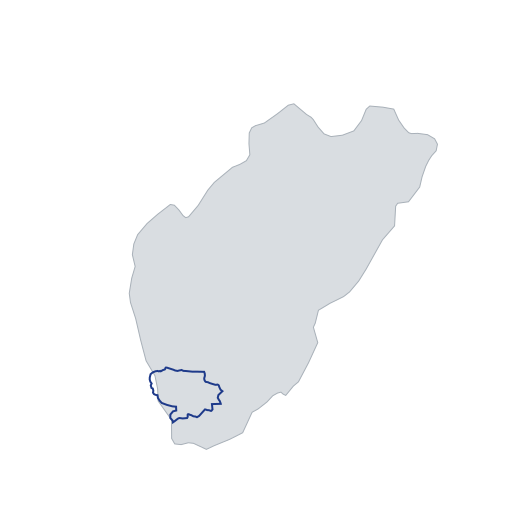 location of Ha within Bhutan, rotated 306°
{"feature_id": "BTN-2435", "entity_name": "Ha", "entity_type": "District", "adm_level": 1, "iso_a3": "BTN", "parent_name": "Bhutan", "parent_adm1": "", "projection": "orthographic", "projection_center": [89.122, 27.35], "detail": "fine", "context": "in_parent", "style": "outline", "palette": "blue", "viewbox_px": 512, "rotation_deg": 306, "n_neighbors": 0, "source": "natural_earth", "source_scale": "10m", "svg_char_len": 2858}
<svg xmlns="http://www.w3.org/2000/svg" viewBox="0 0 512 512"><g transform="rotate(306 256 256)"><path d="M400.6,219.2L400.0,222.2L396.8,230.4L394.8,239.3L396.7,246.5L404.5,254.9L414.7,261.6L427.6,261.8L439.5,258.9L444.2,259.9L451.0,271.2L455.8,281.1L449.8,291.5L446.6,300.6L445.5,307.0L446.3,309.7L450.3,314.8L455.0,323.5L455.8,331.6L453.1,337.1L447.0,339.9L440.4,339.2L435.0,339.5L428.3,340.6L417.7,343.8L408.0,347.9L389.5,347.5L381.9,339.6L378.4,339.7L361.8,350.4L343.5,348.8L310.2,352.8L296.2,353.8L281.9,352.8L274.6,350.7L261.1,343.6L248.8,338.4L236.5,343.4L232.1,344.3L222.2,356.9L200.7,361.2L179.2,364.3L172.8,362.7L160.7,362.0L160.2,359.1L160.5,356.2L157.8,354.0L152.8,351.7L144.4,350.7L133.5,347.6L127.3,344.7L105.2,349.1L92.3,342.5L77.7,333.5L70.4,329.5L67.7,315.5L65.1,311.0L59.4,306.3L56.2,300.7L58.8,295.0L73.3,284.3L74.5,281.8L81.2,262.0L90.5,254.7L99.7,244.7L106.6,228.7L120.0,212.3L134.6,195.5L144.6,181.8L151.3,175.4L165.0,168.5L176.5,164.4L184.4,155.2L193.9,150.1L203.8,147.7L218.4,148.8L232.2,152.0L247.3,156.4L249.1,160.1L247.9,166.6L245.8,173.2L245.7,176.6L248.1,178.4L262.9,179.5L281.0,178.3L291.1,179.0L313.9,184.8L320.5,189.0L327.5,192.2L334.3,191.5L342.7,184.3L351.6,178.2L357.2,177.2L361.2,179.0L368.5,184.6L383.6,189.7L397.0,193.5L401.4,197.2L400.2,213.7L400.6,219.2Z" fill="#d9dde1" stroke="#a8b0b8" stroke-width="1"/><path d="M72.7,286.6L73.7,285.8L74.6,281.9L77.4,279.9L81.6,280.2L84.1,282.3L87.1,279.9L85.2,276.7L83.2,271.5L81.7,266.1L82.4,262.9L83.5,260.1L85.5,258.1L85.1,257.4L84.6,256.2L84.3,254.7L84.9,253.0L86.7,252.1L88.1,250.4L87.8,249.0L89.5,246.9L91.5,246.5L92.2,244.4L93.6,242.6L95.2,241.5L98.4,240.2L99.7,240.5L100.1,240.6L100.6,240.7L101.8,241.2L102.4,241.7L103.5,242.3L105.2,244.0L105.6,245.3L106.7,246.0L106.7,246.7L107.6,247.2L108.1,247.3L108.8,247.6L110.3,248.7L110.6,248.9L111.1,248.9L111.5,248.8L112.0,248.6L112.7,248.6L113.3,249.5L115.5,256.2L115.8,257.8L116.9,260.1L118.3,261.2L119.2,262.1L120.0,262.7L120.4,264.8L121.7,266.8L124.9,272.3L126.8,274.9L131.8,282.1L130.8,283.6L129.3,284.9L128.5,285.3L126.8,285.9L126.1,286.4L125.4,287.2L124.9,288.1L124.6,289.2L125.7,291.5L125.9,293.0L126.9,296.0L127.9,298.8L128.4,299.5L129.3,300.3L129.5,301.0L129.4,302.0L128.3,303.5L127.0,305.9L126.9,308.3L121.4,307.3L118.8,308.4L117.7,310.8L117.4,311.9L115.8,314.3L115.7,314.4L110.3,307.4L106.3,311.0L104.5,310.9L104.1,310.4L103.8,309.2L103.6,308.7L103.4,308.3L103.1,307.8L102.8,307.4L102.6,307.1L102.5,306.6L102.3,305.8L101.9,304.9L93.2,304.0L90.9,303.0L90.7,302.5L90.7,302.1L90.6,301.5L90.3,301.0L89.8,300.1L89.5,299.5L89.4,298.9L89.3,298.4L89.3,298.1L89.3,297.8L89.3,297.5L89.2,297.2L89.0,296.6L88.7,296.1L88.7,295.4L88.2,294.1L87.8,293.9L87.4,294.0L86.7,294.5L86.4,294.8L85.7,295.3L84.4,295.5L81.5,292.2L80.0,289.4L79.4,288.9L78.5,288.4L74.3,287.2L72.7,286.6Z" fill="none" stroke="#1e3a8a" stroke-width="2"/></g></svg>